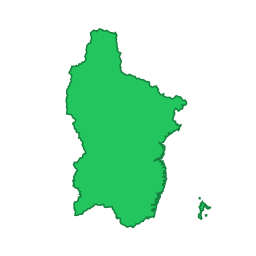 Ambilobe, Diana, Madagascar, rotated 170°
{"feature_id": "10022922B52521872200932", "entity_name": "Ambilobe", "entity_type": "district", "adm_level": 2, "iso_a3": "MDG", "parent_name": "Madagascar", "parent_adm1": "Diana", "projection": "mercator", "projection_center": [49.084, -13.513], "detail": "fine", "context": "isolated", "style": "filled", "palette": "green", "viewbox_px": 256, "rotation_deg": 170, "n_neighbors": 0, "source": "geoboundaries", "source_scale": "gbopen_adm2", "svg_char_len": 5730}
<svg xmlns="http://www.w3.org/2000/svg" viewBox="0 0 256 256"><g transform="rotate(170 128 128)"><path d="M142.4,229.2L143.7,229.5L144.7,230.3L148.5,228.0L148.2,222.7L150.0,219.7L149.8,218.2L151.9,218.1L154.0,216.5L155.6,212.2L155.5,209.0L156.3,208.8L158.1,205.6L157.4,204.6L157.4,203.4L159.2,200.8L161.9,200.6L163.4,199.0L164.9,199.6L166.2,197.8L167.3,197.8L167.9,198.5L169.5,197.9L172.7,198.5L173.3,196.5L174.4,195.8L174.5,194.3L175.7,193.8L176.5,192.3L174.5,190.4L174.8,187.5L175.9,186.0L175.5,183.8L177.2,182.6L178.2,179.8L179.5,179.4L179.8,177.5L181.3,176.6L182.2,174.1L182.4,172.1L181.7,170.8L183.3,168.5L182.9,167.8L183.9,166.9L184.3,163.8L183.8,162.8L185.0,158.9L184.5,157.2L186.0,152.6L181.3,150.8L180.0,147.0L179.2,146.7L178.1,145.1L178.6,143.5L181.1,142.6L181.8,141.6L180.7,140.3L180.7,136.3L179.9,136.0L179.2,134.6L179.7,133.6L179.1,132.5L176.7,131.5L177.5,130.2L177.6,128.1L178.3,126.7L176.8,126.3L176.5,124.1L174.8,121.9L176.1,119.5L175.8,118.1L175.1,117.1L175.3,115.4L173.6,111.7L174.2,110.0L175.3,110.6L177.1,109.3L178.1,106.8L180.4,106.8L183.9,102.9L186.8,103.5L186.9,102.5L188.0,101.7L187.1,98.1L185.6,96.5L185.2,94.8L186.8,93.9L187.5,92.1L188.2,92.0L188.1,91.2L189.8,89.8L190.2,87.3L189.8,86.2L189.9,85.7L190.5,86.4L191.4,85.8L191.1,82.2L191.9,81.0L191.1,81.1L191.4,79.9L190.6,78.6L189.1,77.6L187.3,77.1L187.8,75.7L187.1,74.4L185.9,73.6L186.9,72.9L186.3,71.5L187.2,71.1L185.9,70.3L186.5,69.9L186.5,68.3L187.1,68.9L188.7,68.3L189.1,66.6L190.8,64.3L193.6,64.3L194.6,62.0L194.5,60.1L195.0,58.7L194.7,56.0L194.0,54.9L195.4,51.4L193.8,50.8L192.8,51.1L192.1,50.8L191.1,51.5L188.0,51.1L185.7,53.7L183.1,54.1L182.1,55.2L179.0,55.4L178.3,56.3L176.0,56.7L173.6,58.6L172.7,58.8L172.1,57.8L168.1,56.6L166.0,57.2L165.2,56.6L165.1,54.6L164.4,53.8L157.2,53.2L157.3,50.7L156.2,49.7L155.9,46.9L154.6,44.9L155.1,41.9L154.2,41.8L154.5,40.7L154.0,40.5L153.0,41.0L151.3,40.0L152.0,36.5L151.4,35.0L146.7,31.5L146.4,30.6L142.1,31.0L141.2,30.6L141.1,29.6L140.0,29.2L136.8,31.7L136.6,32.4L134.4,31.6L130.8,33.6L129.1,33.5L128.2,34.9L126.0,35.8L125.4,37.0L124.8,37.1L124.8,36.5L123.3,35.9L124.0,35.3L123.5,35.0L122.4,36.7L121.3,36.1L119.5,36.6L118.3,35.6L117.4,36.5L115.9,40.8L117.0,41.8L118.5,42.1L118.9,42.9L118.4,43.5L118.3,42.5L116.9,43.0L115.0,42.3L115.2,43.5L116.5,43.9L116.8,44.8L116.2,44.1L114.5,43.5L113.5,46.3L114.3,47.6L116.0,47.2L117.1,48.2L117.9,47.8L118.0,48.5L116.6,48.4L115.9,47.6L114.1,47.9L113.6,49.9L114.4,51.7L113.1,50.3L113.6,48.7L113.2,47.6L112.6,48.1L110.9,50.1L111.7,52.0L113.1,52.8L112.5,53.1L111.7,52.5L111.2,53.6L112.8,53.8L110.8,53.8L111.0,52.2L110.5,51.7L109.0,53.6L109.1,54.4L110.8,55.9L109.5,55.6L110.5,56.6L110.6,57.7L108.3,54.9L108.1,56.3L109.3,56.6L109.8,58.2L107.8,57.1L107.7,58.1L108.4,59.4L106.3,58.0L106.1,59.3L105.4,59.9L106.0,59.0L105.7,58.7L104.4,60.0L104.1,61.1L104.4,61.7L102.8,63.0L102.2,64.4L102.4,65.1L104.3,65.8L103.6,65.8L103.1,66.4L104.0,67.1L102.9,66.8L102.9,65.7L101.6,65.8L101.1,67.0L101.8,67.3L100.5,68.3L100.1,69.6L100.7,70.2L101.0,69.4L101.8,69.0L102.1,70.0L100.6,70.6L99.6,70.1L98.7,71.5L99.2,72.6L102.1,73.8L101.1,74.5L100.5,73.8L99.3,73.7L98.7,74.2L99.6,76.6L101.9,77.4L99.7,77.2L98.5,76.6L98.3,77.2L99.0,78.8L100.0,79.2L99.5,79.6L98.5,79.0L98.3,81.0L97.7,81.6L98.0,83.0L100.0,83.1L98.5,84.0L98.5,86.0L99.4,86.7L100.9,85.9L101.8,86.4L101.0,86.3L98.9,87.6L99.8,89.1L99.5,89.5L100.5,89.6L101.4,88.6L102.6,89.4L102.2,89.6L101.1,89.0L102.5,92.0L104.8,91.4L105.3,92.1L107.3,90.9L108.7,90.7L105.3,92.6L103.5,92.1L103.9,93.4L103.4,92.8L102.3,92.9L100.4,91.9L99.7,92.5L100.4,93.9L99.0,93.6L98.3,94.5L99.3,95.3L97.4,95.4L97.1,96.0L98.1,96.5L96.9,97.0L97.9,98.0L98.0,98.7L97.4,97.9L95.4,100.4L95.8,102.1L97.0,101.6L97.0,102.5L95.2,102.4L94.9,103.3L96.3,105.2L97.1,105.6L97.1,104.2L97.9,103.3L97.4,104.3L97.7,105.5L99.7,107.2L99.6,108.0L98.7,106.6L97.4,107.6L95.8,107.7L92.5,111.4L92.8,114.2L92.3,112.9L91.4,112.5L89.0,113.9L88.9,115.0L89.7,116.4L88.7,115.7L88.0,116.3L87.5,114.6L85.1,115.6L83.7,117.0L82.8,116.7L80.1,118.1L78.7,116.8L78.1,118.0L78.8,119.0L77.6,118.3L77.3,119.8L76.0,120.5L75.4,121.9L78.5,121.8L78.6,123.3L79.6,122.9L80.2,124.0L80.0,126.4L81.0,126.5L82.3,127.9L81.9,130.0L79.5,134.0L79.5,134.8L80.2,135.2L80.0,136.0L77.8,139.0L77.1,138.8L75.5,135.9L74.3,136.3L72.8,137.7L71.2,137.3L70.0,139.8L70.7,141.1L67.5,140.6L66.1,141.7L66.0,143.4L67.1,145.6L68.8,145.5L69.5,146.2L70.8,149.4L73.0,149.9L74.3,151.3L75.6,151.1L77.1,149.7L79.4,148.8L81.4,150.9L83.5,151.1L86.0,152.1L87.3,153.3L86.9,155.4L89.4,154.8L91.2,156.6L91.1,157.8L92.1,158.9L91.8,160.5L91.3,160.7L92.2,162.8L93.0,163.3L92.6,164.2L94.8,164.6L96.6,163.8L99.0,165.6L99.6,167.2L98.9,168.2L99.2,169.7L102.8,171.0L104.1,172.6L107.1,173.5L108.6,175.1L111.1,175.0L112.1,177.5L114.8,178.5L116.3,180.1L117.5,180.6L118.6,179.9L120.7,180.4L121.3,181.4L123.4,182.6L123.5,183.5L124.9,184.4L124.7,185.4L125.3,187.4L124.4,188.9L125.3,190.2L123.0,195.1L124.2,199.8L122.0,203.1L124.0,204.2L125.0,206.7L124.3,208.0L124.8,208.7L124.2,213.7L124.8,215.7L123.8,217.5L124.3,219.3L123.3,220.1L122.9,221.5L123.7,224.0L123.9,224.2L124.5,223.0L125.1,223.0L125.5,223.9L129.1,225.1L131.2,227.2L132.6,227.9L134.5,227.4L135.6,228.1L136.0,229.2L136.7,229.2L138.6,230.5L139.3,230.4L140.6,229.2L141.7,229.2L142.2,228.6L142.4,229.2ZM73.4,30.8L74.0,27.8L71.6,25.5L71.0,26.3L71.4,29.0L70.7,32.2L69.2,33.7L68.1,34.0L68.3,34.8L66.9,36.8L66.7,38.5L66.0,38.5L65.3,37.8L64.5,35.3L63.4,34.4L62.1,34.5L60.7,35.2L60.6,35.6L62.5,36.2L63.8,37.3L65.2,39.8L67.1,41.3L67.5,42.8L70.0,40.5L69.9,40.0L69.1,40.3L69.1,39.7L70.5,38.3L71.3,38.4L71.5,36.8L70.7,35.8L71.2,33.9L70.8,33.1L72.0,31.0L73.4,30.8ZM66.8,28.9L66.6,27.8L65.8,27.9L65.7,28.9L66.8,28.9ZM69.9,46.9L69.9,45.9L69.4,45.8L69.3,46.8L69.9,46.9Z" fill="#22c55e" stroke="#15803d" stroke-width="1.5"/></g></svg>